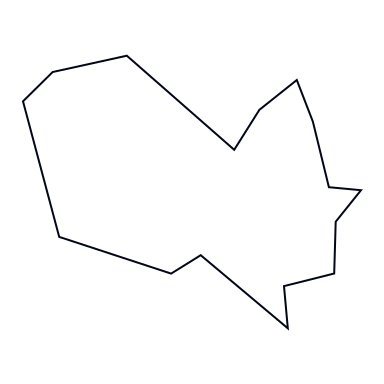 an SVG outline of Al Wusţá
{"feature_id": "BHR-4928", "entity_name": "Al Wusţá", "entity_type": "Governorate", "adm_level": 1, "iso_a3": "BHR", "parent_name": "Bahrain", "parent_adm1": "", "projection": "mercator", "projection_center": [50.59, 26.145], "detail": "fine", "context": "isolated", "style": "outline", "palette": "ink", "viewbox_px": 384, "rotation_deg": 0, "n_neighbors": 0, "source": "natural_earth", "source_scale": "10m", "svg_char_len": 324}
<svg xmlns="http://www.w3.org/2000/svg" viewBox="0 0 384 384"><path d="M126.8,55.7L234.2,149.8L259.4,109.8L296.8,80.0L312.9,121.7L328.9,187.2L361.0,190.2L335.7,221.7L334.2,273.5L284.0,286.1L287.8,328.3L200.7,255.2L171.1,273.6L59.2,236.9L23.0,101.3L52.7,72.0L126.8,55.7Z" fill="none" stroke="#020617" stroke-width="2"/></svg>